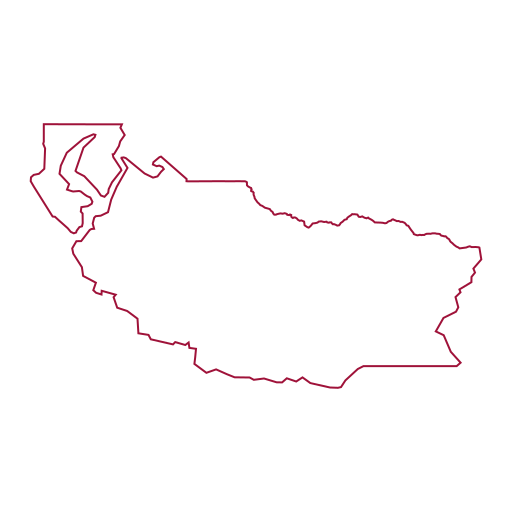 Pierce, Washington, United States of America
{"feature_id": "52423323B40988222589259", "entity_name": "Pierce", "entity_type": "district", "adm_level": 2, "iso_a3": "USA", "parent_name": "United States of America", "parent_adm1": "Washington", "projection": "natural_earth1", "projection_center": [-122.103, 47.066], "detail": "fine", "context": "isolated", "style": "outline", "palette": "rose", "viewbox_px": 512, "rotation_deg": 0, "n_neighbors": 0, "source": "geoboundaries", "source_scale": "gbopen_adm2", "svg_char_len": 4081}
<svg xmlns="http://www.w3.org/2000/svg" viewBox="0 0 512 512"><path d="M76.4,241.2L72.2,248.4L73.3,253.7L81.9,267.2L83.1,275.9L95.9,282.7L93.3,290.2L96.1,292.8L101.5,294.5L101.7,290.8L115.7,294.7L113.6,297.2L117.2,307.7L127.2,311.0L137.5,318.7L138.4,333.3L148.5,334.9L150.8,339.3L173.0,344.4L175.2,342.1L185.3,345.0L188.6,342.5L189.4,347.9L196.0,348.8L195.2,357.3L194.4,363.9L206.4,372.8L216.1,369.4L226.9,374.2L234.6,377.3L249.6,377.5L253.8,379.8L264.0,378.5L276.6,382.3L282.1,382.4L286.8,378.3L296.2,381.5L302.5,377.4L310.4,383.1L330.0,387.5L337.9,387.8L341.0,387.1L345.4,380.4L357.8,369.0L363.5,366.1L456.7,366.1L460.6,362.7L450.8,351.8L443.7,335.2L435.8,331.4L443.5,317.9L456.0,311.7L458.3,307.3L455.5,297.1L460.5,292.3L459.4,289.4L471.4,282.2L471.5,276.9L475.0,272.6L473.4,268.6L481.3,259.4L479.4,247.6L478.8,247.3L475.7,247.0L471.7,247.1L469.8,246.3L468.2,246.7L466.2,247.5L463.2,247.9L459.6,248.4L458.4,247.5L456.4,246.6L454.0,244.8L452.4,243.2L450.7,241.9L449.9,240.8L449.3,239.5L448.6,238.8L447.4,238.2L446.4,237.0L445.8,236.4L445.0,236.2L444.3,236.4L443.2,236.0L441.3,235.6L440.6,235.0L439.8,234.0L438.2,233.8L436.6,233.7L435.0,233.3L432.6,233.3L430.5,233.8L429.0,233.7L426.6,233.8L425.3,234.3L424.2,235.0L422.9,234.9L421.4,235.1L419.9,234.8L419.0,235.0L417.8,235.3L416.9,235.2L415.1,234.6L413.8,234.1L413.5,233.0L412.3,231.5L410.9,229.7L409.6,227.8L408.3,225.8L406.6,225.3L406.0,224.3L404.6,222.8L403.4,222.3L402.2,221.8L400.6,221.9L398.6,221.0L396.8,221.1L395.4,220.4L393.9,219.8L393.0,219.3L391.7,219.8L391.0,220.7L389.3,221.1L387.9,221.8L386.5,223.0L385.0,223.3L382.8,222.8L380.4,222.6L377.0,222.5L374.8,222.4L373.2,220.9L371.6,219.8L368.8,218.3L368.2,217.6L367.3,217.9L366.7,218.3L365.0,217.9L363.7,217.3L362.3,216.4L360.2,217.0L358.7,216.7L357.4,214.6L356.1,214.4L354.3,214.2L353.1,214.3L352.2,214.1L350.9,215.3L349.0,216.5L347.4,217.7L346.7,219.2L344.5,219.8L342.6,221.7L340.7,223.0L339.8,224.5L339.1,225.3L337.2,225.6L336.0,224.9L333.9,224.1L333.0,224.3L331.8,223.3L331.3,222.4L329.8,222.3L328.9,222.7L327.2,222.4L326.6,221.7L324.1,222.0L321.2,221.3L318.7,221.6L317.5,222.6L315.5,223.1L312.6,223.5L311.3,225.2L310.3,226.3L308.7,227.6L307.4,227.2L304.6,225.3L304.1,221.6L301.3,220.4L299.7,220.8L297.8,219.7L297.1,218.7L295.5,217.6L294.0,217.4L292.9,218.0L291.6,217.2L291.1,215.8L291.2,215.0L290.0,214.5L289.2,215.1L287.2,214.8L286.8,213.9L284.7,213.2L282.7,213.7L280.4,213.4L278.5,213.8L276.6,214.3L275.9,214.7L274.3,214.7L273.3,213.6L272.6,212.0L270.8,210.6L269.8,209.1L267.8,208.5L264.9,207.7L262.3,205.9L260.3,205.1L259.1,203.7L257.5,202.3L256.0,200.2L254.7,198.3L254.4,196.6L253.8,195.3L253.5,193.9L253.7,192.8L252.8,191.6L251.9,191.4L251.2,191.1L251.1,190.1L251.6,189.4L251.1,188.0L250.1,187.6L247.9,186.3L247.0,185.3L246.9,183.7L247.0,182.8L246.7,182.0L245.1,181.3L238.5,181.2L228.7,181.3L223.0,181.2L219.8,181.2L218.9,181.2L198.8,181.3L187.6,181.3L186.5,181.2L186.6,179.0L161.0,156.6L159.4,157.2L153.4,162.2L152.9,164.5L156.7,166.2L159.2,165.6L162.4,167.0L163.8,169.1L161.1,171.7L157.5,176.4L155.0,177.1L153.0,177.6L144.6,173.5L125.8,158.1L123.7,157.4L121.5,157.7L121.4,158.2L127.5,167.9L124.3,173.5L117.3,185.8L116.9,186.4L111.2,199.6L108.0,212.2L100.7,215.7L95.7,216.2L94.2,217.7L92.7,223.5L94.1,228.8L91.4,229.0L89.7,230.0L81.2,241.1L76.4,241.2ZM43.2,143.8L45.1,148.4L44.3,168.8L38.9,173.8L33.7,174.9L31.0,177.3L30.7,181.2L33.9,186.7L52.6,216.5L55.0,216.8L59.0,220.5L61.4,222.6L67.7,228.2L70.8,231.9L73.8,233.3L76.1,232.5L76.7,230.7L79.4,227.1L82.0,226.3L82.7,223.2L82.6,213.5L80.8,211.6L81.4,207.1L87.7,206.2L91.7,203.8L92.4,201.7L90.3,197.5L87.0,196.1L84.6,194.5L80.8,191.5L79.1,191.0L73.2,191.5L71.9,191.2L67.0,189.6L69.1,184.1L59.5,173.8L60.8,165.7L66.8,152.7L83.5,138.6L93.4,134.3L95.4,134.8L94.7,137.1L83.5,147.6L75.5,170.9L77.0,172.4L84.3,176.2L97.0,189.7L100.9,195.5L104.5,196.8L108.2,192.8L108.7,189.1L112.0,182.3L121.4,170.3L120.6,168.3L114.2,158.5L113.4,157.4L112.7,154.3L114.1,154.0L118.9,146.1L120.2,141.4L124.7,135.0L120.4,127.8L121.9,124.3L85.8,124.3L43.8,124.2L43.8,141.7L43.2,143.8Z" fill="none" stroke="#9f1239" stroke-width="2"/></svg>